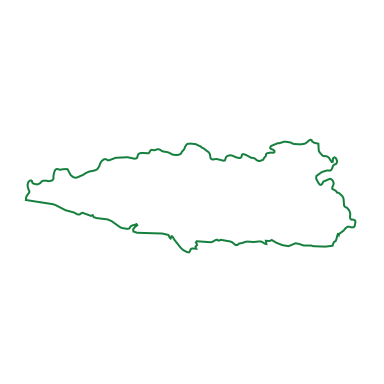 SVG path tracing the border of Asturias, rotated 184°
{"feature_id": "ESP-5805", "entity_name": "Asturias", "entity_type": "Autonomous Community", "adm_level": 1, "iso_a3": "ESP", "parent_name": "Spain", "parent_adm1": "", "projection": "natural_earth1", "projection_center": [-6.051, 43.278], "detail": "fine", "context": "isolated", "style": "outline", "palette": "green", "viewbox_px": 384, "rotation_deg": 184, "n_neighbors": 0, "source": "natural_earth", "source_scale": "10m", "svg_char_len": 4687}
<svg xmlns="http://www.w3.org/2000/svg" viewBox="0 0 384 384"><g transform="rotate(184 192 192)"><path d="M42.4,159.7L42.7,160.4L42.8,160.4L43.5,160.4L44.2,157.8L44.6,155.2L45.3,153.1L47.0,151.9L48.1,148.2L55.2,146.8L67.4,146.4L69.3,146.9L76.7,146.4L81.8,147.7L85.1,148.1L91.9,144.7L98.2,145.3L104.6,147.4L109.1,149.7L110.4,148.8L111.8,148.5L114.9,148.5L114.7,147.8L114.4,146.0L114.2,145.3L115.9,145.6L118.8,147.2L120.6,147.5L127.0,146.4L133.4,146.4L135.2,146.0L138.4,144.6L141.4,143.9L142.1,143.1L143.1,142.3L144.8,142.1L148.7,144.8L150.3,145.3L159.9,146.3L161.9,145.3L163.8,146.2L165.7,145.4L167.5,144.1L169.5,143.2L183.9,143.2L184.6,141.8L183.7,140.7L183.2,139.4L184.7,137.8L184.5,137.3L184.2,136.1L183.9,135.7L187.9,135.7L189.3,134.9L189.9,133.0L190.7,131.6L192.7,131.7L196.8,133.5L199.4,135.6L206.2,143.1L208.6,146.4L209.4,146.4L210.1,144.1L211.0,144.8L212.5,147.5L218.9,148.5L243.9,147.5L247.7,148.5L248.1,150.6L246.5,153.1L244.3,155.0L245.2,156.1L246.5,155.4L249.1,154.5L250.3,153.9L251.2,152.9L251.6,151.9L252.3,151.1L254.1,150.7L259.3,151.2L261.3,151.9L270.3,157.4L274.5,158.8L285.2,159.3L288.2,160.0L289.5,162.0L291.0,161.1L299.7,163.6L300.7,163.3L302.5,161.8L303.9,161.6L305.3,161.9L308.1,163.3L316.9,165.0L327.1,169.4L329.6,170.1L357.1,172.4L357.0,173.4L357.1,175.3L356.1,177.4L354.5,179.9L354.2,180.9L354.5,181.9L355.0,182.5L356.1,185.4L356.5,187.6L356.3,189.1L356.0,190.4L355.2,191.4L354.3,192.1L353.3,192.3L352.5,191.8L351.8,190.0L351.0,189.4L348.7,188.9L347.4,188.8L346.2,189.0L344.3,190.1L343.4,191.0L342.9,191.9L342.3,192.3L341.1,192.9L338.5,193.1L337.3,193.0L336.2,192.8L334.9,192.9L333.6,193.3L332.1,194.0L331.4,195.0L331.1,196.0L331.4,198.2L331.2,199.3L331.0,200.4L330.9,201.6L330.6,203.0L329.8,204.7L328.8,205.4L327.7,205.5L325.3,205.0L324.1,205.2L322.9,205.6L319.2,206.1L317.7,206.0L314.3,200.5L311.8,198.7L310.6,198.3L309.4,198.1L308.1,198.3L301.6,201.6L299.6,203.3L295.8,205.3L291.1,206.5L289.0,207.5L287.8,208.5L286.6,210.8L286.1,211.8L285.9,213.0L285.0,215.4L284.0,216.8L282.1,218.5L280.7,218.8L279.4,218.4L278.1,217.7L277.0,217.8L270.5,220.8L258.6,222.2L251.9,221.2L250.3,221.5L249.2,222.2L248.4,225.6L247.3,226.7L246.1,227.2L244.8,227.5L238.0,227.6L237.3,228.3L237.0,229.3L236.4,230.3L235.8,231.1L234.8,231.2L232.5,231.0L229.6,232.2L228.2,232.3L227.0,232.0L225.9,231.4L224.8,230.7L222.1,230.2L220.3,230.2L217.6,229.6L214.1,228.0L212.3,227.8L209.1,227.9L207.3,228.5L206.0,229.2L205.4,230.2L205.0,231.2L204.3,232.2L203.5,233.1L202.9,234.0L202.5,234.9L202.4,235.4L202.3,235.8L202.0,236.7L201.5,237.5L201.1,238.5L200.0,239.6L198.7,239.9L196.7,240.2L191.8,240.0L190.5,239.6L189.5,239.1L186.2,237.9L185.7,237.2L184.3,236.7L182.6,235.8L181.0,234.6L178.1,232.8L177.4,231.9L176.8,230.9L176.5,229.8L176.0,227.5L175.4,226.5L173.9,225.8L170.3,226.6L168.7,226.5L162.6,225.4L161.4,225.8L161.1,226.7L160.9,227.8L160.5,229.0L159.7,230.1L157.2,231.2L155.6,231.3L154.0,231.0L150.6,229.7L147.6,229.2L145.9,229.5L145.2,230.3L144.8,232.4L144.3,233.2L143.2,233.3L140.9,232.8L135.4,230.3L133.8,230.3L131.4,229.7L130.4,228.8L129.2,228.0L127.0,227.5L123.5,229.0L122.8,230.1L122.4,231.1L121.6,232.1L120.9,233.0L120.8,234.0L120.8,234.8L120.3,235.5L119.4,236.0L116.8,236.7L113.2,236.9L112.6,237.5L112.5,238.4L113.1,239.2L114.1,239.8L116.4,240.6L117.1,241.3L117.0,242.2L116.5,243.3L110.0,246.6L108.2,246.8L103.8,248.5L102.4,248.7L96.7,248.2L95.9,247.7L94.9,247.3L93.3,247.0L87.4,247.1L85.1,247.5L82.8,248.1L81.6,248.9L80.6,249.8L79.7,250.8L78.7,251.7L77.3,252.4L76.4,252.2L75.6,250.7L73.4,249.6L69.3,249.0L68.6,243.1L68.2,241.5L67.1,240.1L64.3,237.4L63.2,237.0L60.8,237.1L59.7,236.8L58.7,236.4L57.7,235.6L57.4,235.2L54.8,231.7L54.0,231.7L53.7,231.9L53.7,234.8L53.6,235.4L53.4,235.6L53.2,235.9L52.7,236.3L52.1,236.5L51.0,235.9L50.0,234.4L49.4,232.6L49.7,230.9L50.5,229.8L51.6,229.5L52.5,228.9L53.2,227.8L53.6,226.3L53.9,225.2L54.4,224.3L54.8,223.6L55.5,223.1L56.4,222.9L57.6,223.0L58.8,222.9L63.3,221.2L64.3,220.6L69.0,216.7L69.2,215.4L68.9,213.6L67.0,210.6L65.8,209.0L64.7,208.1L63.7,208.2L63.0,208.8L62.4,209.7L62.2,210.7L61.6,211.5L60.7,212.2L59.5,212.6L57.2,213.9L55.1,214.8L54.1,214.5L53.1,213.8L52.3,212.9L51.7,211.8L51.3,210.6L51.4,209.1L52.3,206.8L52.4,205.8L52.3,205.0L51.6,204.4L50.6,204.2L48.6,203.2L47.2,201.5L46.4,201.5L45.4,201.3L42.7,199.2L41.7,198.3L41.0,197.2L40.3,195.6L39.3,188.9L38.4,188.0L37.4,187.4L36.3,187.1L34.7,185.5L33.8,184.3L33.0,182.7L32.6,180.9L32.6,179.5L32.6,178.3L32.5,177.1L32.0,176.2L31.2,175.6L29.1,175.7L27.4,175.0L27.0,174.2L26.9,173.4L27.2,170.2L27.5,169.1L28.2,168.2L29.7,167.9L31.1,167.9L32.4,168.3L33.3,168.3L34.2,168.2L35.1,167.6L36.4,166.5L38.1,164.0L41.9,160.8L42.2,160.6L42.4,159.7Z" fill="none" stroke="#15803d" stroke-width="2"/></g></svg>